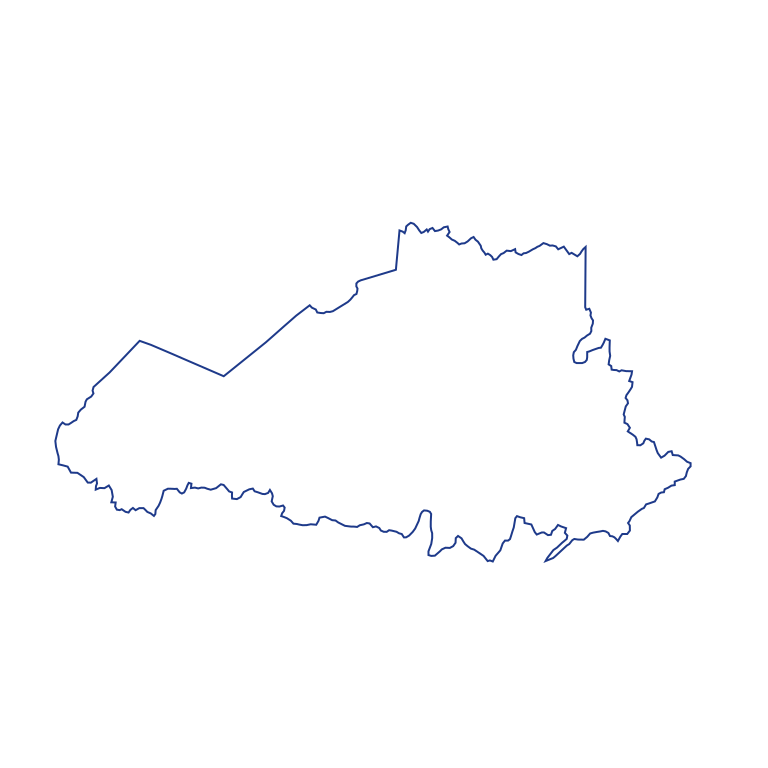 the district of Acopiara, Ceará, Brazil, rotated 189°
{"feature_id": "56859067B11934644430422", "entity_name": "Acopiara", "entity_type": "district", "adm_level": 2, "iso_a3": "BRA", "parent_name": "Brazil", "parent_adm1": "Ceará", "projection": "natural_earth1", "projection_center": [-39.533, -6.148], "detail": "fine", "context": "isolated", "style": "outline", "palette": "blue", "viewbox_px": 768, "rotation_deg": 189, "n_neighbors": 0, "source": "geoboundaries", "source_scale": "gbopen_adm2", "svg_char_len": 5924}
<svg xmlns="http://www.w3.org/2000/svg" viewBox="0 0 768 768"><g transform="rotate(189 384 384)"><path d="M699.7,276.3L698.1,270.6L695.5,264.4L694.3,261.9L693.3,258.4L693.0,253.8L687.9,253.4L683.5,252.9L679.3,247.5L672.9,248.3L666.0,245.1L661.2,240.3L658.1,240.7L653.2,245.3L651.9,240.9L652.5,238.1L652.2,234.6L648.4,236.9L643.8,237.4L639.9,240.7L636.4,236.6L634.2,230.2L634.8,224.5L630.5,225.0L630.4,220.9L628.2,218.1L625.3,218.1L623.5,219.3L619.3,217.3L616.2,217.1L614.8,220.0L612.6,222.3L609.6,220.5L606.3,223.1L602.1,223.8L600.1,222.4L597.7,220.6L594.1,219.7L590.6,217.7L589.5,219.8L589.8,223.7L587.6,228.4L586.6,231.8L585.8,235.8L585.4,238.7L584.9,244.1L581.0,246.8L577.3,247.3L574.4,247.6L572.2,248.1L568.8,245.0L566.5,244.2L564.4,245.7L563.0,249.7L562.3,253.1L561.4,255.8L558.6,255.4L558.4,251.0L554.5,252.1L551.2,251.8L548.2,253.1L544.9,253.5L542.2,252.9L538.6,252.5L533.5,254.9L529.4,259.4L526.6,259.2L522.1,255.4L520.2,253.7L517.1,253.1L516.7,249.8L516.1,247.1L511.3,247.3L507.9,249.9L506.6,253.1L505.6,255.4L500.6,258.9L497.2,260.2L495.0,257.8L491.6,257.3L486.9,256.4L484.4,256.6L481.4,258.3L480.1,261.5L477.5,258.5L476.3,255.8L476.6,250.5L474.1,247.5L471.2,246.3L468.2,246.6L464.7,248.2L462.8,246.4L462.9,243.1L464.4,240.4L464.9,237.5L462.1,237.0L459.0,236.3L454.6,234.4L451.6,231.9L448.2,232.1L445.7,231.9L442.3,231.8L438.4,232.5L434.4,234.0L428.9,234.4L427.3,238.6L426.8,241.9L421.5,243.8L418.4,242.9L413.9,241.4L410.5,241.6L407.6,240.1L400.4,237.8L397.2,237.9L394.4,238.0L390.8,238.5L388.2,238.6L385.8,240.7L382.0,242.2L379.2,244.0L376.4,244.0L372.6,240.8L369.6,242.1L366.1,241.0L364.2,238.8L361.2,238.0L358.2,238.4L356.1,240.4L353.4,240.4L348.5,240.0L345.8,238.9L343.0,238.6L340.3,235.6L338.2,236.0L335.5,238.2L332.5,242.4L330.6,246.1L328.3,254.1L328.0,257.1L327.4,261.2L326.4,263.6L324.7,265.4L321.4,265.6L318.7,264.9L317.1,263.0L316.3,255.5L315.5,250.3L314.5,247.0L313.1,244.2L312.3,239.4L312.3,233.4L313.9,225.7L313.3,222.0L310.4,221.6L306.9,222.4L302.5,227.6L301.0,229.7L297.7,231.9L293.3,232.4L290.3,234.7L288.5,238.4L289.0,243.0L287.1,245.5L283.3,243.7L281.0,240.9L278.9,238.6L276.1,236.9L272.4,235.0L269.0,234.5L258.8,229.8L253.9,225.3L251.8,226.3L248.8,225.7L246.9,231.8L243.1,237.9L241.8,245.1L240.0,248.3L237.0,248.7L235.3,250.5L234.8,253.5L234.1,258.5L233.4,262.6L233.3,272.0L232.0,274.3L228.7,273.7L224.6,273.4L223.4,268.7L216.5,268.3L211.9,261.3L209.6,259.2L205.0,262.0L202.8,262.4L198.4,260.4L195.5,261.2L194.8,265.2L192.3,267.6L190.1,272.0L186.8,271.0L181.6,270.1L182.1,265.3L179.2,263.0L179.3,259.6L181.6,256.9L183.3,255.0L187.5,249.5L190.7,246.5L195.5,237.7L196.7,234.4L189.7,238.6L187.7,240.9L178.1,253.1L176.0,254.9L173.6,259.2L171.8,260.7L168.1,260.7L162.3,261.5L159.4,264.8L157.0,268.6L154.2,269.9L150.5,271.2L147.4,272.2L144.8,273.2L142.1,273.1L139.1,272.0L137.0,269.2L134.6,269.3L132.4,268.6L130.3,267.1L128.4,265.5L126.7,270.2L125.2,273.1L120.3,273.9L118.2,277.7L119.1,282.7L121.2,284.9L120.1,287.0L118.9,291.2L113.3,297.6L109.8,301.0L107.9,302.2L106.3,306.1L103.5,307.5L98.1,310.4L96.3,314.7L95.6,318.4L93.2,320.2L90.6,320.9L90.3,324.0L87.3,325.9L84.2,328.6L81.0,329.6L81.6,333.1L76.3,336.0L73.1,337.2L71.4,340.3L71.1,344.2L70.3,347.8L68.3,350.6L68.8,353.8L72.5,354.6L75.8,356.7L79.7,358.7L82.2,359.5L87.7,359.0L89.4,362.6L92.6,361.4L95.7,357.1L98.8,354.6L102.8,358.6L104.4,361.3L108.3,368.9L110.6,369.1L113.4,370.8L116.8,371.0L118.0,368.6L118.6,366.0L121.2,363.6L124.2,363.2L124.9,365.8L125.9,368.9L127.4,371.2L130.4,372.9L135.8,375.3L134.3,379.2L137.3,382.5L140.5,383.4L140.8,386.3L141.0,389.2L142.5,391.4L142.2,394.7L141.7,399.7L140.0,403.1L141.0,406.0L143.2,408.0L142.8,410.9L141.3,413.8L139.6,417.5L138.6,420.0L138.8,424.7L142.3,425.3L141.0,432.0L141.0,435.4L146.9,434.6L151.5,434.7L153.6,433.2L156.5,434.1L159.1,433.8L161.4,433.8L162.4,437.3L165.2,438.5L165.3,442.8L165.0,447.2L166.3,451.4L166.9,455.1L167.4,459.0L167.8,462.4L172.4,463.3L173.4,459.2L174.2,456.8L175.4,453.8L177.6,453.2L183.2,450.2L186.3,448.3L188.3,447.4L187.5,442.2L187.5,439.5L188.9,437.2L191.5,435.7L197.0,434.8L199.5,435.5L200.8,438.6L201.6,441.9L201.5,445.1L199.8,447.8L198.9,451.7L197.3,457.1L195.4,459.6L193.2,461.2L191.0,463.7L188.4,465.9L187.5,468.7L188.1,472.0L187.2,476.3L187.5,479.5L189.2,481.3L190.8,484.0L190.8,486.9L193.0,490.4L195.9,489.0L197.3,491.3L206.3,550.9L208.3,548.4L209.7,545.7L210.7,543.2L213.0,540.4L219.2,542.9L221.4,541.3L224.7,544.6L227.9,547.8L233.0,544.3L235.8,546.8L239.1,547.2L241.8,546.6L245.0,547.6L248.6,548.1L252.0,544.7L254.0,543.5L255.7,541.9L258.1,540.3L261.7,537.3L264.2,535.6L266.6,534.9L268.4,532.9L271.5,533.4L274.6,534.6L275.6,537.7L279.5,535.1L283.7,534.9L286.4,532.0L288.7,530.6L290.4,528.1L292.3,524.9L295.4,523.9L297.1,526.4L299.2,527.9L301.8,529.0L303.8,527.6L305.4,529.5L307.4,531.2L309.1,533.2L310.1,535.7L311.8,537.5L313.5,539.3L316.2,540.8L318.5,543.2L320.8,541.6L323.7,537.9L326.4,535.6L329.4,534.9L331.6,533.6L333.6,534.9L336.5,536.5L339.6,537.3L342.4,539.1L344.9,540.4L343.0,544.4L344.7,546.9L345.8,549.5L349.5,548.1L351.7,545.7L354.6,544.0L357.6,543.0L360.5,545.7L363.1,544.1L364.4,541.4L366.0,543.3L368.5,540.4L370.8,539.0L373.3,541.3L375.9,544.2L379.7,546.9L382.8,547.4L385.2,545.0L386.7,543.1L386.6,539.3L387.2,536.2L389.3,537.4L392.7,538.1L390.4,502.8L390.1,498.7L423.3,482.7L425.6,481.1L427.0,479.0L426.6,476.1L425.1,474.1L425.0,471.6L425.3,468.6L427.5,467.1L428.9,464.6L430.4,462.1L432.5,459.4L445.9,447.9L448.7,446.7L452.2,446.3L454.6,444.5L457.7,444.2L461.1,444.2L463.0,446.9L467.1,448.1L469.7,450.1L481.4,437.8L489.4,428.2L491.5,425.7L501.3,413.8L507.2,406.7L543.5,366.6L575.1,374.7L587.2,377.8L597.6,380.5L620.3,386.2L632.1,388.4L641.1,375.3L656.8,352.5L670.4,335.6L670.8,331.9L669.5,329.2L671.2,325.8L675.1,322.4L676.0,319.9L676.2,314.7L679.4,311.3L681.5,307.9L681.5,304.1L682.3,300.4L684.7,298.8L686.7,296.9L689.2,294.7L692.3,294.2L695.5,295.7L697.6,292.3L698.8,288.3L699.7,276.3Z" fill="none" stroke="#1e3a8a" stroke-width="2"/></g></svg>